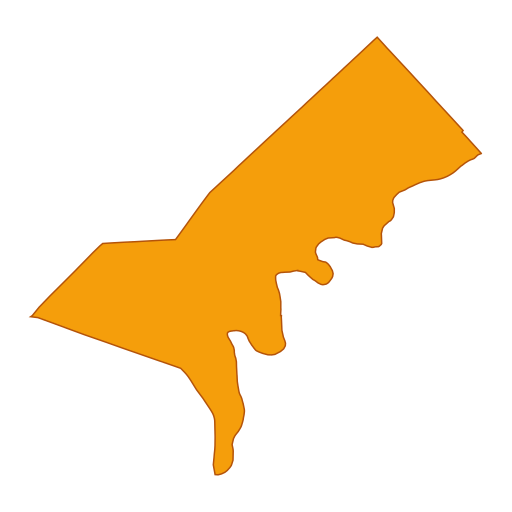 Walkerville, South Australia, Australia (Mercator projection)
{"feature_id": "25037944B33474506304148", "entity_name": "Walkerville", "entity_type": "district", "adm_level": 2, "iso_a3": "AUS", "parent_name": "Australia", "parent_adm1": "South Australia", "projection": "mercator", "projection_center": [138.618, -34.894], "detail": "fine", "context": "isolated", "style": "filled", "palette": "amber", "viewbox_px": 512, "rotation_deg": 0, "n_neighbors": 0, "source": "geoboundaries", "source_scale": "gbopen_adm2", "svg_char_len": 4986}
<svg xmlns="http://www.w3.org/2000/svg" viewBox="0 0 512 512"><path d="M215.1,474.6L218.1,474.8L221.5,473.9L224.9,472.3L227.2,470.5L229.9,467.5L231.3,465.5L231.9,463.7L233.0,460.2L233.2,451.2L233.1,449.7L232.9,448.4L232.1,444.6L233.5,438.6L234.8,436.0L235.6,434.8L238.3,431.4L239.9,428.8L240.7,427.4L241.1,426.6L241.7,425.0L242.1,423.5L242.5,422.3L243.2,419.5L243.4,417.9L244.0,414.9L244.2,413.3L244.3,412.5L244.4,411.6L244.4,410.9L244.4,410.3L244.3,409.3L243.9,407.3L243.1,403.4L242.9,402.9L242.4,401.0L241.8,398.7L241.4,397.6L240.7,396.0L240.5,395.7L239.8,394.3L239.3,393.0L239.0,391.8L238.8,390.8L238.7,390.3L238.6,389.7L238.3,387.9L237.9,385.7L237.6,383.6L237.3,381.5L237.0,375.3L236.9,374.4L236.8,372.3L236.5,366.4L236.4,361.8L235.8,358.5L235.7,358.0L235.4,357.3L235.1,356.4L234.9,355.8L234.6,354.5L234.5,353.4L234.4,353.0L234.3,352.3L234.3,350.9L234.3,350.5L234.2,350.0L234.1,349.4L233.9,348.5L233.7,347.6L233.6,347.2L233.0,346.0L232.6,345.3L232.1,344.5L231.9,344.1L230.4,341.0L229.7,340.0L229.3,339.2L229.0,338.8L228.8,338.4L228.6,338.1L228.1,337.3L228.0,336.9L227.9,336.7L227.6,335.9L227.6,335.6L227.5,335.4L227.3,334.1L227.4,333.6L227.4,333.4L227.5,333.1L227.5,332.9L227.6,332.7L227.8,332.5L227.9,332.3L228.2,332.1L228.4,332.0L228.7,331.8L228.9,331.7L229.6,331.4L230.1,331.3L231.0,331.1L231.9,331.0L233.2,330.8L233.7,330.7L234.0,330.7L234.7,330.7L235.0,330.6L235.8,330.6L236.1,330.5L236.4,330.5L236.8,330.6L238.2,330.7L239.3,330.9L240.4,331.2L240.8,331.3L241.4,331.5L242.3,331.9L242.6,332.0L242.8,332.1L243.1,332.3L243.4,332.4L244.0,332.8L245.0,333.5L245.9,334.4L246.1,334.7L246.2,334.9L246.6,335.3L247.0,335.8L247.2,336.2L247.3,336.5L247.6,337.2L247.8,337.5L248.0,338.4L248.3,339.0L248.9,340.4L249.1,340.7L249.2,341.1L249.4,341.4L249.5,341.6L250.0,342.3L250.2,342.6L250.5,343.1L250.6,343.3L250.7,343.5L250.9,343.7L251.0,343.9L251.6,344.9L251.8,345.2L252.1,345.5L252.3,345.8L252.4,346.0L252.6,346.2L252.9,346.6L253.1,346.9L253.4,347.3L253.6,347.6L253.8,347.9L254.1,348.2L254.2,348.4L254.5,348.7L255.0,349.4L255.7,350.2L256.0,350.4L256.5,350.8L259.0,352.0L262.7,353.4L267.9,354.8L271.6,354.9L274.9,354.4L280.5,351.5L283.5,349.0L283.7,348.8L285.3,345.8L285.5,343.2L284.8,340.7L283.4,337.1L281.9,330.3L281.5,320.8L281.3,317.2L281.4,315.6L280.6,315.6L280.7,313.1L280.9,309.1L280.8,308.2L280.8,304.5L280.8,301.7L280.5,299.6L280.1,297.0L279.5,293.5L278.5,290.2L277.3,287.3L276.4,283.5L275.7,280.1L275.6,277.4L275.7,275.8L276.4,274.8L277.4,274.0L278.6,273.2L280.8,272.5L282.9,272.4L285.1,272.2L288.0,272.1L290.1,272.0L293.5,271.1L297.8,270.4L297.9,270.9L299.6,271.1L302.3,271.7L305.4,272.4L308.1,275.2L310.3,277.2L312.8,279.4L315.1,280.7L318.0,282.9L321.1,284.4L322.7,284.7L323.7,284.6L326.1,284.1L327.7,283.2L329.0,282.0L331.7,278.4L332.6,276.6L333.1,273.7L332.4,270.7L330.9,268.0L330.3,266.8L328.4,264.3L327.1,263.1L325.7,262.1L322.7,261.6L318.6,260.1L317.7,259.6L317.5,257.4L315.9,253.8L315.4,252.1L315.7,249.6L315.9,248.0L316.3,247.1L318.6,243.9L321.0,241.9L324.8,239.4L328.2,238.0L334.5,237.6L335.5,237.3L336.8,237.3L339.7,238.0L344.2,240.1L346.8,240.7L350.1,241.8L352.7,243.0L357.2,243.9L359.1,244.0L363.1,244.2L367.2,246.0L371.3,247.2L371.9,247.4L373.3,247.3L375.4,246.8L378.3,246.7L379.2,246.3L381.2,244.5L381.7,243.5L381.4,235.0L381.3,233.7L382.6,228.1L384.2,225.7L388.9,221.5L390.5,220.7L391.5,219.6L393.4,216.8L393.8,215.0L394.2,213.0L394.3,212.3L394.3,208.5L392.6,202.5L392.8,200.1L393.9,197.6L396.7,194.5L399.2,192.2L405.0,189.9L408.6,187.7L413.0,185.8L414.8,184.9L419.8,182.7L424.3,181.2L427.5,180.6L431.3,180.2L434.5,179.9L437.7,179.5L440.3,178.9L443.5,177.9L447.3,176.3L450.2,174.7L453.2,172.8L455.6,170.9L458.8,168.0L460.9,166.1L461.9,165.5L465.1,163.0L468.4,160.9L470.6,159.8L472.4,159.2L473.9,158.6L475.0,157.7L477.2,155.5L478.1,154.8L479.8,154.1L481.2,153.6L481.3,153.5L481.2,153.3L473.8,145.1L470.0,140.9L467.9,138.5L461.9,132.1L463.1,130.5L449.8,116.0L436.0,101.1L427.5,91.7L418.7,82.2L409.7,72.4L396.3,58.0L392.5,53.9L386.8,47.8L377.2,37.2L373.5,40.5L360.1,53.1L353.4,59.3L348.2,64.2L343.7,68.3L342.7,69.3L334.1,77.3L333.6,77.7L327.9,83.1L320.4,90.0L306.8,102.6L302.0,107.2L300.3,108.7L300.2,108.8L276.7,130.5L269.9,136.8L264.3,142.0L254.5,151.1L245.9,159.1L241.3,163.4L239.0,165.5L233.6,170.7L222.5,180.9L220.0,183.2L209.9,192.5L207.9,195.1L201.5,203.7L197.0,209.9L188.9,221.1L185.7,225.6L179.3,234.4L175.5,239.6L168.0,239.9L158.3,240.4L142.1,241.3L135.4,241.7L124.5,242.2L110.4,243.0L102.7,243.5L100.0,245.8L92.9,252.7L85.2,260.6L78.1,267.8L75.6,270.4L64.5,281.5L50.4,295.5L39.7,306.6L39.3,307.0L32.3,315.6L30.7,316.7L37.9,317.6L83.3,334.3L83.8,334.5L106.3,342.3L122.0,347.9L156.5,359.9L172.2,365.3L180.7,368.3L184.7,372.4L186.4,374.3L188.2,376.6L190.7,380.3L196.5,389.7L203.0,398.4L204.5,400.7L209.4,408.0L211.2,410.8L212.7,413.4L213.7,415.8L214.4,418.4L214.7,420.3L214.8,422.9L214.9,427.6L215.1,436.1L215.1,438.2L215.0,445.8L214.8,449.3L214.6,451.3L214.3,454.1L214.0,457.9L213.3,464.8L215.1,474.6Z" fill="#f59e0b" stroke="#b45309" stroke-width="1.5"/></svg>